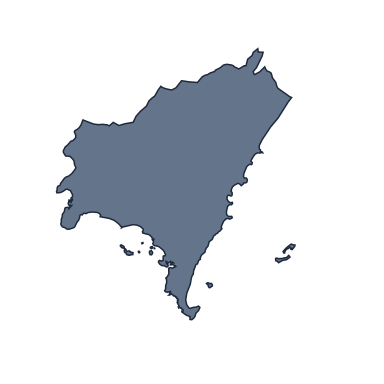 Nias Utara, Sumatera Utara, Indonesia, rotated 243°
{"feature_id": "22746128B50601239773602", "entity_name": "Nias Utara", "entity_type": "district", "adm_level": 2, "iso_a3": "IDN", "parent_name": "Indonesia", "parent_adm1": "Sumatera Utara", "projection": "natural_earth1", "projection_center": [97.265, 1.31], "detail": "fine", "context": "isolated", "style": "filled", "palette": "slate", "viewbox_px": 384, "rotation_deg": 243, "n_neighbors": 0, "source": "geoboundaries", "source_scale": "gbopen_adm2", "svg_char_len": 6033}
<svg xmlns="http://www.w3.org/2000/svg" viewBox="0 0 384 384"><g transform="rotate(243 192 192)"><path d="M305.7,127.5L302.0,123.4L300.5,120.6L299.9,118.0L299.8,115.4L298.9,114.4L295.4,114.2L293.1,112.9L291.9,109.4L292.2,107.0L290.3,102.3L289.7,99.5L287.1,96.0L285.6,95.4L281.5,95.7L279.2,99.4L275.1,100.8L273.0,100.9L269.9,99.8L266.5,99.6L265.4,98.4L262.9,93.1L262.2,89.2L262.5,86.4L262.1,84.4L259.2,78.7L257.9,77.6L258.0,75.1L257.0,73.8L254.9,72.6L253.8,71.4L252.6,71.2L251.2,74.6L251.1,77.4L251.6,81.1L251.3,82.0L248.3,84.3L243.7,84.3L241.8,83.1L241.7,81.7L240.3,80.7L239.7,81.2L239.8,82.1L239.1,81.9L238.9,80.8L239.2,80.2L238.3,80.3L237.6,79.4L239.8,78.3L240.2,79.2L240.7,78.8L237.7,76.3L235.4,76.4L235.7,77.3L235.0,77.7L234.6,78.7L233.0,74.7L234.1,75.1L234.9,74.2L235.5,72.1L235.2,71.4L232.4,69.2L230.9,66.3L229.1,65.3L226.8,63.0L224.9,62.1L223.1,60.6L221.6,60.3L219.7,60.8L217.5,62.9L215.9,63.5L214.6,65.6L213.9,70.2L214.2,71.7L217.2,75.7L218.3,78.2L220.6,80.6L221.7,81.1L222.2,82.0L222.2,82.7L221.4,83.9L222.2,85.5L222.2,86.3L220.8,87.7L220.9,90.0L219.4,94.2L216.6,98.5L215.4,99.4L213.1,100.2L211.7,98.9L206.2,106.1L202.1,109.8L197.3,112.1L193.5,113.1L192.9,113.8L192.1,113.0L192.2,114.4L189.8,124.3L187.8,127.6L184.8,130.3L181.0,131.7L179.7,131.0L179.3,129.9L177.8,129.5L173.6,134.2L172.2,135.0L169.1,135.8L167.6,134.9L167.0,135.0L166.9,135.8L167.3,136.6L166.9,136.5L166.6,135.5L165.0,135.0L163.7,133.6L161.5,133.9L159.3,136.8L157.9,137.9L153.9,139.7L151.2,140.2L147.9,139.8L147.4,138.8L148.0,137.7L147.8,137.1L144.2,135.3L144.4,133.2L145.8,132.1L145.6,130.9L144.6,130.2L142.1,130.6L139.9,131.9L139.1,133.7L137.0,135.0L136.5,135.9L136.5,136.4L137.4,137.5L138.3,137.5L139.6,136.8L141.9,137.4L141.3,137.9L140.3,137.6L139.9,138.5L139.5,138.5L139.8,141.3L139.0,141.2L138.6,142.6L137.2,143.3L137.5,142.3L137.2,141.4L137.5,140.8L137.1,140.5L137.6,139.9L137.0,139.5L136.5,140.2L136.8,140.6L135.9,141.9L134.2,143.4L133.6,143.5L133.9,142.6L133.6,142.4L133.0,143.2L132.9,140.2L134.7,138.1L134.6,136.6L129.4,134.1L127.2,130.5L127.3,129.7L125.4,129.5L122.7,128.3L120.9,126.3L117.4,124.3L116.4,122.7L115.0,123.1L114.7,123.9L113.7,124.6L113.5,126.4L113.0,126.6L113.1,127.6L112.3,127.3L112.4,126.7L111.5,125.8L110.9,125.7L110.7,124.6L110.3,125.3L110.6,127.3L110.3,127.7L109.3,127.8L107.8,128.9L107.6,128.6L106.6,129.7L105.5,129.8L105.3,130.5L104.3,130.1L103.4,130.7L103.4,130.3L102.7,130.5L101.9,129.8L101.6,130.2L100.2,128.6L99.7,129.1L99.0,128.6L96.0,128.7L95.7,128.4L95.9,127.7L94.6,127.5L94.6,128.6L93.7,129.2L93.7,129.7L92.6,129.7L91.1,130.6L90.2,130.3L89.9,129.5L90.5,128.9L89.7,128.5L85.2,130.8L82.2,133.4L81.9,133.1L81.1,133.5L79.4,132.3L78.3,133.8L78.7,136.0L79.8,138.2L82.2,140.4L83.3,143.9L85.5,146.6L87.4,146.0L87.6,143.4L88.6,140.8L89.2,137.5L89.8,136.7L93.9,136.1L98.7,137.4L104.3,141.5L110.6,148.6L115.3,152.1L117.3,154.1L118.2,155.8L121.2,157.8L125.3,162.3L125.7,163.2L125.4,164.2L128.0,166.8L128.2,168.9L129.3,169.2L131.4,171.6L132.6,176.4L133.9,177.2L135.7,179.6L136.3,181.4L139.9,184.8L140.6,188.5L143.1,191.5L143.2,193.2L143.7,194.1L143.7,196.0L144.6,198.1L144.5,199.0L145.7,202.0L147.3,202.0L148.6,203.2L151.6,206.9L152.3,209.2L152.6,209.1L153.0,209.1L152.3,209.2L152.6,210.0L152.4,211.5L150.7,213.4L150.6,215.6L151.0,216.3L152.3,216.3L153.6,213.4L156.3,212.6L158.9,213.8L163.1,217.2L163.7,219.8L162.7,221.5L163.4,223.0L164.5,223.2L164.9,221.5L166.7,220.2L169.7,219.9L172.0,221.3L172.6,222.5L172.4,223.4L172.2,224.0L171.3,224.2L170.6,225.3L170.8,226.1L172.7,227.3L173.6,227.5L174.8,227.0L175.6,227.9L176.2,228.0L178.3,230.6L178.8,232.7L178.9,236.9L177.2,238.3L175.3,238.7L175.8,241.3L176.6,241.9L175.7,244.3L175.9,245.4L178.0,247.0L179.9,246.7L180.4,245.1L182.2,244.8L184.8,246.5L189.7,252.2L190.5,254.8L190.4,256.0L189.4,257.4L189.6,258.1L190.9,259.1L192.4,258.4L193.3,258.9L196.1,263.3L197.1,265.6L197.1,268.5L195.8,270.2L195.9,271.3L194.8,272.8L195.6,272.8L197.3,271.4L198.3,272.1L199.8,271.6L201.8,272.4L202.9,273.1L206.7,278.1L214.3,291.6L218.7,302.0L228.6,318.7L231.0,323.7L232.4,322.4L245.3,315.7L247.2,315.5L251.9,316.4L257.0,315.5L261.9,316.5L263.6,315.7L265.6,313.9L267.8,313.4L270.5,313.6L268.3,306.9L268.2,301.2L268.8,300.7L271.6,301.3L273.3,305.5L274.7,307.5L281.2,316.1L284.2,318.8L286.7,314.5L289.8,315.7L288.6,309.9L286.3,307.5L285.0,301.9L279.9,297.3L280.8,295.9L280.4,290.6L280.6,289.4L284.6,286.4L285.9,286.1L287.4,284.6L289.8,281.3L290.4,279.7L290.8,277.4L289.9,273.8L289.9,268.1L289.1,266.9L289.8,262.2L289.5,259.2L290.1,256.8L290.0,253.4L287.1,246.6L291.4,239.5L295.9,233.2L292.1,225.0L292.1,220.2L295.8,215.6L298.9,212.8L300.3,212.3L298.4,208.4L294.4,202.3L293.8,198.7L292.7,195.0L289.2,190.4L287.3,182.6L284.9,176.6L280.8,171.2L283.3,163.1L284.4,157.1L289.8,153.4L288.5,148.4L290.5,146.7L292.8,143.2L294.6,139.0L297.2,135.2L305.7,127.5ZM94.5,236.1L92.8,235.4L91.4,236.7L89.7,237.0L89.9,241.6L88.8,245.4L89.3,249.3L89.7,249.8L91.6,249.4L90.6,246.1L91.4,244.6L91.7,242.4L93.4,238.7L94.6,237.6L94.9,236.7L94.5,236.1ZM176.5,103.6L174.1,104.2L172.8,105.9L171.3,105.9L170.6,105.1L169.2,104.6L167.3,105.4L165.8,105.4L164.3,107.0L163.6,109.1L163.7,110.3L163.1,110.8L164.6,111.9L165.7,111.0L166.0,110.0L167.4,109.8L168.1,109.3L168.6,106.9L170.9,107.0L173.0,106.2L174.3,106.7L177.0,105.0L177.1,104.2L176.5,103.6ZM97.6,246.1L95.9,246.1L95.6,246.9L96.5,247.4L97.8,249.4L98.1,250.7L97.9,252.1L98.5,254.1L97.2,254.2L96.7,255.1L96.0,254.2L95.2,255.1L96.9,258.9L98.1,259.7L98.7,258.5L100.6,256.7L99.6,251.4L98.6,248.5L97.6,246.1ZM104.0,165.1L104.0,163.4L102.4,163.7L101.7,164.3L100.5,163.7L99.1,163.8L98.6,164.5L99.0,167.3L99.6,167.9L101.6,167.9L102.5,166.1L104.0,165.1ZM157.2,126.4L155.2,126.2L154.4,127.5L155.4,129.2L156.7,129.5L158.5,129.0L158.5,127.3L157.2,126.4ZM160.3,131.7L161.5,131.8L161.7,130.7L161.7,130.0L161.2,129.5L160.1,130.0L159.9,130.9L160.3,131.7ZM162.1,118.2L163.4,117.8L163.2,117.0L161.8,117.2L162.1,118.2ZM169.3,125.3L169.4,124.0L168.5,124.0L168.6,125.2L169.3,125.3ZM158.7,132.6L158.4,133.0L158.7,133.3L159.2,133.0L158.7,132.6Z" fill="#64748b" stroke="#1e293b" stroke-width="1.5"/></g></svg>